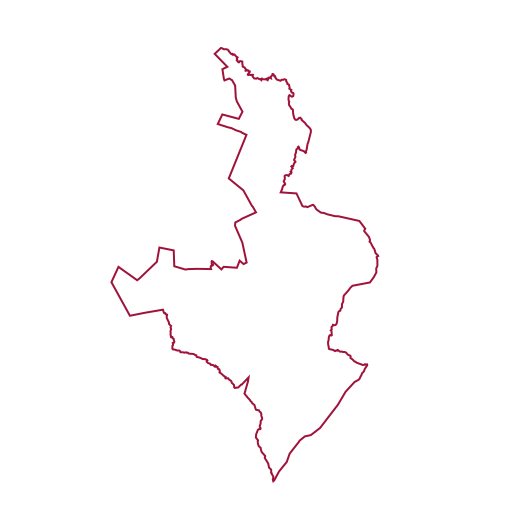 outline of Mutasa, Manicaland, Zimbabwe, rotated 316°
{"feature_id": "62879985B28116741742257", "entity_name": "Mutasa", "entity_type": "district", "adm_level": 2, "iso_a3": "ZWE", "parent_name": "Zimbabwe", "parent_adm1": "Manicaland", "projection": "orthographic", "projection_center": [32.773, -18.58], "detail": "fine", "context": "isolated", "style": "outline", "palette": "rose", "viewbox_px": 512, "rotation_deg": 316, "n_neighbors": 0, "source": "geoboundaries", "source_scale": "gbopen_adm2", "svg_char_len": 6149}
<svg xmlns="http://www.w3.org/2000/svg" viewBox="0 0 512 512"><g transform="rotate(316 256 256)"><path d="M151.9,338.2L156.0,338.2L156.5,338.6L166.3,338.2L163.2,340.6L152.1,347.0L151.6,352.8L151.7,354.8L151.3,356.4L151.4,358.2L151.0,359.3L151.4,362.0L149.2,366.4L149.3,366.8L150.9,369.0L150.5,370.4L150.7,371.7L150.5,372.5L149.8,373.7L148.8,374.6L148.0,376.6L147.1,377.6L144.6,378.0L143.0,379.7L140.6,380.9L140.1,381.4L139.7,383.0L139.3,383.4L138.7,383.5L137.6,382.4L136.6,382.4L132.2,384.4L129.8,386.5L129.4,390.1L128.5,390.5L126.9,392.5L125.9,394.7L126.1,397.2L125.0,398.7L123.9,401.0L123.7,406.2L123.4,406.6L122.4,406.9L122.0,407.4L120.7,413.6L118.4,417.3L118.5,420.2L116.8,422.0L116.5,422.8L116.2,422.7L115.3,426.5L114.7,427.2L112.8,428.5L112.0,430.0L113.1,430.1L122.9,427.0L135.1,425.5L143.0,421.5L157.8,419.5L159.1,419.1L165.8,419.7L171.0,422.9L182.6,424.2L211.6,419.9L226.1,415.9L239.3,415.1L243.8,416.3L245.0,416.3L247.8,415.2L248.7,415.1L250.6,414.1L253.7,413.9L255.7,412.8L260.0,411.9L260.4,411.6L260.6,411.1L259.5,410.3L259.3,409.6L258.0,409.4L257.1,408.5L254.3,402.7L254.0,400.9L253.5,400.1L253.6,397.5L253.1,395.0L254.5,393.7L254.5,393.1L253.5,390.6L253.7,388.0L253.5,387.4L252.8,386.3L251.8,385.4L251.3,384.3L249.9,383.0L249.6,380.5L249.4,380.2L248.5,380.4L248.0,379.6L246.9,379.4L246.6,378.8L246.4,377.4L244.0,373.8L244.0,373.3L244.8,372.4L246.5,369.7L248.1,367.9L249.6,367.1L252.0,365.0L253.5,364.3L254.3,364.3L254.9,365.5L255.5,365.6L257.9,362.8L258.2,362.3L258.1,361.5L259.6,361.3L260.3,360.2L261.0,359.6L262.1,359.6L263.6,359.0L264.0,360.0L265.2,360.8L266.2,360.9L267.2,360.5L269.1,359.3L271.8,356.7L276.2,353.6L277.4,353.4L278.7,353.9L280.0,352.9L282.1,352.7L284.5,350.3L287.0,349.4L290.3,346.4L291.7,345.5L298.1,345.0L301.9,344.4L304.7,344.4L319.6,354.2L326.2,353.0L331.2,351.4L333.8,348.5L336.5,347.4L340.7,343.0L341.9,340.6L342.5,340.5L343.9,340.9L344.1,340.4L344.0,336.9L345.1,335.0L346.1,332.8L346.0,332.0L347.8,325.7L347.6,324.6L349.1,323.8L350.5,320.8L351.1,313.3L351.6,312.8L353.5,312.3L354.7,302.6L342.9,284.7L340.6,282.4L336.3,275.6L334.7,272.2L332.8,269.8L331.9,264.9L332.0,263.5L332.7,261.1L332.7,259.0L332.3,258.6L326.8,256.5L326.3,255.0L324.9,254.0L324.6,253.4L324.1,252.3L328.6,239.1L318.0,227.4L321.1,226.1L323.4,224.7L324.9,224.3L325.6,224.4L325.8,224.8L326.9,224.6L327.2,224.1L327.7,221.6L330.3,220.6L331.8,218.7L332.3,218.3L333.3,218.4L334.6,219.4L335.1,221.1L336.9,220.4L338.6,221.1L339.5,220.6L339.4,219.5L340.3,219.6L340.8,219.0L341.6,218.5L343.4,218.4L343.7,216.1L344.4,216.2L344.7,217.2L345.4,217.2L347.4,215.9L349.8,215.7L350.0,215.4L349.9,213.8L350.2,213.3L353.3,212.0L354.2,210.5L356.7,209.3L359.0,207.4L361.1,207.5L361.8,206.7L362.5,206.8L362.3,208.2L361.4,209.3L361.4,210.1L363.3,214.0L363.2,216.2L363.9,216.4L364.5,215.4L366.1,214.8L370.8,211.3L372.9,210.3L381.8,204.8L383.2,203.1L383.5,200.9L383.3,197.0L383.7,194.2L383.3,190.0L383.9,189.4L383.7,188.0L384.0,187.4L382.9,186.6L380.8,186.7L379.4,186.0L379.0,185.3L379.2,183.5L381.4,179.7L384.2,176.3L384.2,175.8L383.7,174.5L384.1,173.7L384.7,170.3L385.5,169.2L387.1,168.1L387.3,167.2L388.2,165.9L390.5,163.8L391.4,163.5L391.9,163.6L392.4,166.2L393.0,166.7L394.0,166.8L395.7,165.4L396.0,164.5L395.3,163.3L395.7,161.6L396.8,161.1L396.2,158.8L397.1,158.3L398.7,155.7L398.1,153.9L398.8,153.3L399.0,151.5L400.0,150.4L400.0,150.1L399.3,148.6L398.1,148.2L396.8,147.0L395.4,147.0L393.6,143.7L393.7,141.7L394.3,140.8L394.0,139.8L394.6,139.5L394.3,138.6L394.8,137.5L394.6,136.8L394.3,136.6L393.2,137.3L390.9,137.3L390.2,138.5L389.8,137.4L389.1,136.6L388.0,137.1L387.6,136.1L387.1,135.9L386.9,137.4L386.5,137.6L386.1,136.1L383.5,133.4L383.5,132.4L382.9,132.2L382.0,133.0L381.8,131.7L381.2,130.9L380.6,128.9L379.5,128.7L378.1,127.1L378.2,124.6L378.6,124.1L379.6,123.6L379.1,122.9L377.8,122.0L377.4,121.2L376.4,120.7L376.0,120.0L376.3,119.6L379.1,119.4L379.7,118.9L379.1,118.1L379.4,117.7L379.4,117.2L377.2,115.5L377.5,115.1L378.5,115.1L378.3,114.5L378.8,112.5L378.1,111.2L378.1,110.3L379.0,109.5L379.4,108.6L381.2,106.6L380.0,104.8L379.3,104.6L378.4,104.9L377.9,104.4L378.3,103.3L378.0,102.6L378.2,101.7L379.2,101.4L379.5,100.5L380.7,100.3L380.3,98.3L380.5,96.3L380.2,95.6L379.2,95.4L379.4,94.2L378.8,94.0L378.4,92.9L378.7,91.1L378.6,89.8L379.0,89.3L379.1,88.1L378.1,86.4L376.5,85.0L375.8,82.7L375.2,82.0L366.7,81.9L366.8,100.0L361.6,98.3L356.0,106.2L355.3,107.8L360.1,109.8L360.9,112.9L359.4,118.9L351.5,128.0L349.6,131.5L346.5,142.8L338.9,145.4L330.1,130.8L320.2,134.5L325.1,143.7L327.2,147.0L329.0,151.8L331.4,156.3L331.6,157.7L333.3,162.2L290.3,181.3L292.5,200.0L287.9,217.1L287.9,218.4L286.3,224.6L271.2,219.2L270.4,219.3L264.4,217.5L261.9,219.7L255.5,236.8L244.7,254.2L241.5,253.2L241.0,248.0L234.1,251.2L225.2,241.3L221.8,241.6L221.1,229.6L220.7,229.0L220.3,229.1L218.4,231.2L218.4,231.5L219.2,232.2L219.0,232.6L218.1,232.7L216.5,231.9L215.7,232.4L214.6,234.2L204.8,224.4L198.2,218.4L195.8,216.7L190.1,206.6L200.7,194.8L192.4,182.8L180.7,191.3L156.9,191.2L153.7,190.9L149.5,168.3L133.8,174.4L123.8,211.4L136.4,219.5L151.8,230.0L150.3,232.8L150.4,233.4L151.0,234.0L150.5,235.1L151.2,235.9L151.2,236.6L149.7,237.5L148.8,238.5L147.2,243.3L146.2,244.6L146.3,247.4L144.8,248.1L144.2,249.6L142.2,250.7L141.5,251.7L139.7,253.4L139.3,254.5L138.6,255.0L138.5,255.4L139.5,256.2L138.9,257.1L139.2,258.6L138.6,259.1L137.7,261.0L136.8,261.4L135.8,260.7L134.5,262.4L133.4,262.6L131.4,264.7L131.3,265.3L132.6,267.0L133.7,269.3L135.1,270.6L135.3,271.8L134.8,272.6L134.9,272.9L136.6,274.5L137.3,275.8L138.7,276.6L139.0,277.6L139.8,278.1L139.9,279.6L142.4,282.4L143.3,283.7L143.4,284.9L144.1,286.0L143.3,287.1L143.3,287.6L144.6,289.4L145.8,292.1L145.9,292.9L147.8,294.9L148.6,296.7L148.5,297.3L147.8,297.2L147.1,297.7L147.1,299.5L148.2,301.8L147.9,303.1L148.9,303.9L149.6,305.2L149.4,306.8L149.7,307.2L150.3,306.7L150.7,306.7L150.9,307.8L150.7,308.5L151.2,309.2L150.2,310.6L150.9,312.1L150.3,312.8L150.1,313.7L149.3,314.0L148.8,314.6L149.3,316.1L149.5,319.6L150.1,322.1L149.2,322.4L149.1,322.9L151.0,324.6L150.8,326.5L151.3,328.2L151.3,328.9L150.5,330.3L150.6,333.5L149.1,335.3L149.6,336.2L149.4,336.4L151.9,338.2Z" fill="none" stroke="#9f1239" stroke-width="2"/></g></svg>